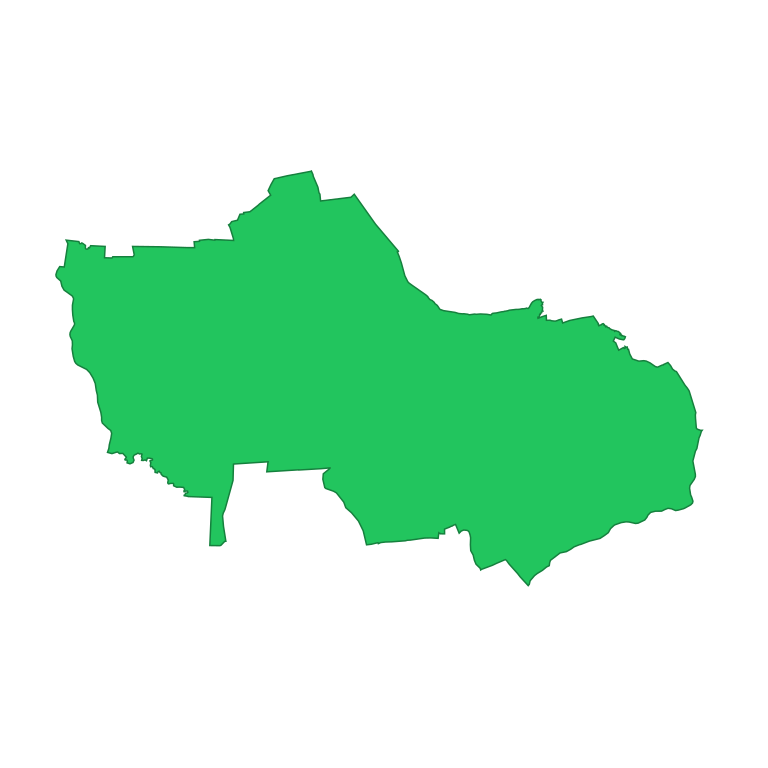 Recas, Timis, Romania, rotated 81°
{"feature_id": "2599482B57862880882591", "entity_name": "Recas", "entity_type": "district", "adm_level": 2, "iso_a3": "ROU", "parent_name": "Romania", "parent_adm1": "Timis", "projection": "albers", "projection_center": [21.537, 45.827], "detail": "fine", "context": "isolated", "style": "filled", "palette": "green", "viewbox_px": 768, "rotation_deg": 81, "n_neighbors": 0, "source": "geoboundaries", "source_scale": "gbopen_adm2", "svg_char_len": 6139}
<svg xmlns="http://www.w3.org/2000/svg" viewBox="0 0 768 768"><g transform="rotate(81 384 384)"><path d="M350.1,668.8L357.2,669.6L367.7,668.1L372.7,668.1L375.8,668.6L378.5,668.3L384.8,663.5L387.1,661.2L390.1,660.7L394.8,662.2L401.0,664.8L404.5,665.8L408.3,667.8L410.2,663.6L409.5,659.1L409.5,657.7L411.3,656.2L411.7,652.8L415.9,650.0L416.3,650.1L417.8,651.7L418.6,651.5L418.8,650.1L419.2,649.7L420.1,649.6L421.7,650.1L423.1,647.4L422.3,644.2L420.1,642.8L417.7,643.3L416.4,643.0L415.1,641.8L414.5,639.6L413.8,637.9L414.9,636.3L414.9,634.8L415.2,634.1L415.5,634.0L417.7,635.0L419.7,634.5L421.5,635.3L421.9,633.8L421.6,631.9L422.6,630.6L420.2,629.3L420.5,627.4L421.5,624.7L421.9,624.5L422.7,624.5L423.1,625.2L423.0,626.6L423.2,627.1L424.1,627.1L425.1,626.6L427.9,627.5L429.2,627.4L429.2,626.1L429.5,625.7L431.5,625.1L431.6,624.5L432.6,623.6L435.5,623.9L436.4,621.6L435.3,620.9L435.0,619.7L436.5,619.0L436.9,618.2L438.2,618.2L440.0,617.0L440.6,616.3L442.0,613.2L445.1,612.1L447.5,613.0L448.5,612.9L449.0,612.3L448.8,610.3L449.2,607.7L449.8,607.4L451.6,607.7L453.5,604.9L453.9,601.6L454.8,598.1L457.0,597.4L458.5,598.4L459.2,598.2L458.7,596.8L459.0,594.8L460.5,594.7L460.9,595.6L460.8,597.0L462.3,597.9L462.6,598.8L463.1,598.8L464.2,595.4L464.5,595.2L469.1,571.7L516.3,581.3L518.0,571.4L517.8,570.3L514.5,565.9L514.6,564.8L499.6,564.8L489.1,564.1L486.4,563.0L483.2,560.8L479.1,558.9L455.6,548.2L439.6,545.2L439.6,544.1L442.7,510.7L452.4,513.5L455.3,482.9L455.4,481.6L455.6,481.6L457.8,459.4L458.4,450.5L458.9,450.6L463.2,458.0L468.5,459.3L477.0,458.7L478.1,457.8L482.0,450.6L484.1,448.0L494.4,442.2L500.2,441.1L506.1,436.2L515.3,430.7L525.7,427.5L540.1,426.4L540.3,421.6L539.8,415.2L539.8,414.8L540.8,414.6L540.1,412.1L540.3,407.3L541.1,400.9L542.2,387.4L542.0,385.3L542.3,382.3L542.5,368.0L543.3,362.0L544.9,354.7L539.5,353.1L540.7,351.9L540.5,351.6L540.9,351.0L541.5,347.6L536.8,346.9L535.6,341.5L535.1,340.2L534.9,338.7L534.3,337.4L533.9,335.3L543.1,333.1L541.3,330.7L540.7,328.1L541.4,325.4L541.9,324.2L543.4,323.1L546.5,322.6L549.5,322.5L556.2,323.8L562.2,324.4L566.8,322.7L572.2,322.3L576.4,321.3L581.1,317.8L582.8,317.6L582.3,316.6L580.0,305.2L578.7,300.8L576.4,291.6L577.6,290.5L581.4,288.6L592.1,281.7L596.1,279.5L605.7,273.1L604.5,271.8L601.5,270.6L600.8,270.0L596.8,265.3L595.2,262.4L592.8,256.6L590.1,252.0L589.3,249.2L586.3,248.3L584.2,247.2L578.4,236.5L578.1,230.1L576.4,225.4L574.6,221.8L573.3,216.2L573.2,214.7L571.3,205.7L570.3,194.8L568.1,189.9L565.9,185.7L562.3,182.9L559.6,178.9L559.2,177.9L558.0,171.4L558.0,166.5L558.7,163.4L561.1,157.4L561.2,154.8L559.1,147.7L556.8,145.2L554.8,143.8L552.5,140.7L552.1,135.9L553.0,129.7L551.9,126.2L551.2,122.9L552.2,119.6L554.6,115.8L554.6,113.1L554.0,107.7L553.6,106.2L551.3,99.9L549.8,97.9L548.1,97.2L543.6,97.9L541.6,98.5L534.8,98.5L532.1,97.7L526.7,92.5L524.1,90.9L521.8,90.6L508.4,91.0L499.0,86.9L496.7,85.1L486.5,81.3L484.2,79.8L480.5,78.0L479.5,77.0L479.3,78.5L477.6,81.7L476.3,82.4L466.6,81.7L463.2,81.3L461.0,80.5L438.6,83.7L435.6,85.0L432.3,86.9L417.8,93.1L417.3,93.5L416.8,94.5L414.4,96.7L410.6,98.1L407.2,100.2L408.5,104.9L408.8,105.0L408.9,106.6L410.1,110.9L410.0,111.6L409.2,113.3L404.7,118.0L402.4,121.4L401.6,123.8L401.3,128.7L398.1,134.8L392.8,136.6L388.0,137.1L387.9,137.9L385.5,138.0L385.6,138.9L384.6,140.1L386.4,140.4L386.5,141.1L385.5,141.9L387.3,146.9L379.6,148.7L377.5,150.8L373.9,148.4L376.4,144.5L377.8,140.7L377.8,140.2L376.8,139.1L375.1,138.2L374.2,139.6L374.2,140.2L373.4,141.0L373.5,141.7L371.8,142.2L372.5,143.0L372.0,143.3L370.9,142.6L368.8,144.3L368.7,144.9L367.6,146.8L368.0,148.0L367.2,148.1L366.1,150.5L364.5,152.5L363.7,152.9L363.0,154.6L361.9,154.9L361.6,155.5L362.0,156.2L361.2,156.3L360.2,157.5L359.8,157.1L358.7,158.0L358.8,159.1L359.7,160.6L359.5,161.4L360.1,162.6L358.8,163.1L357.8,162.9L349.6,166.7L349.8,168.7L349.7,178.0L350.3,190.6L351.7,198.0L347.7,198.5L348.0,201.2L348.5,203.2L348.7,205.1L347.8,208.5L347.0,210.0L346.5,213.6L341.6,213.0L342.2,217.1L343.2,221.6L342.1,221.6L342.0,220.5L340.6,219.5L339.6,219.4L339.4,219.0L339.5,218.6L338.7,218.4L338.3,217.2L336.5,216.3L336.7,215.7L335.5,215.9L333.0,215.3L331.2,216.4L330.6,216.0L330.5,215.0L328.9,214.9L328.2,214.3L327.9,215.4L326.2,216.0L325.5,215.7L324.7,216.5L325.1,217.9L324.4,218.6L324.7,219.5L324.5,220.3L324.8,220.7L325.2,222.3L326.1,224.3L327.4,225.8L331.2,228.7L332.0,229.9L331.3,231.5L331.6,232.4L331.5,235.1L331.3,235.5L331.4,239.1L331.0,241.7L330.7,248.8L331.0,250.1L331.1,252.9L331.0,253.7L331.2,254.1L331.1,257.0L331.4,261.7L331.2,265.6L331.8,266.8L332.6,267.5L331.3,271.3L329.9,277.9L329.6,281.9L329.1,283.7L329.0,288.9L328.2,290.4L327.1,294.2L327.0,295.5L326.0,299.3L324.4,302.6L320.9,313.6L319.2,316.8L318.8,317.2L314.7,319.1L312.4,321.3L311.4,321.5L309.0,323.5L307.7,325.5L305.2,327.0L304.6,327.0L302.6,328.7L290.9,340.8L288.2,343.5L286.7,344.5L280.3,346.5L267.2,347.9L260.2,349.1L255.6,350.2L255.3,349.0L255.1,349.0L224.8,367.4L191.9,383.7L194.4,387.4L193.3,418.0L186.5,417.6L184.9,418.3L179.3,418.5L167.7,421.4L166.0,421.4L162.3,422.4L162.5,422.9L163.2,446.8L164.1,460.3L169.3,464.4L174.9,468.2L179.8,466.4L186.7,478.8L187.7,480.2L192.9,489.5L192.7,495.8L194.1,495.9L193.8,499.7L199.3,503.1L199.8,509.0L201.9,511.2L202.5,512.6L205.2,511.6L216.7,510.0L218.7,510.1L214.9,528.4L215.5,528.6L213.7,534.8L213.2,543.8L214.2,543.9L213.8,549.3L219.7,549.7L218.5,557.1L213.5,583.4L208.8,610.8L217.3,610.5L218.6,611.4L219.0,612.1L215.9,632.0L217.0,633.0L215.6,640.3L204.5,637.9L201.5,652.1L203.2,653.4L203.1,654.2L203.6,654.2L203.5,654.9L204.4,655.5L204.3,656.7L203.8,657.4L203.1,657.7L200.4,657.2L197.8,659.8L197.4,660.5L198.0,661.4L197.8,662.6L195.6,663.1L192.2,675.4L196.0,674.3L218.4,681.5L217.3,685.9L221.1,689.2L224.6,690.9L226.1,691.0L227.7,690.5L231.7,687.2L237.1,686.8L241.2,685.3L248.2,678.2L250.3,677.4L251.5,677.3L257.4,679.4L261.7,680.1L267.4,680.6L273.5,680.6L275.4,680.1L276.4,680.3L277.3,680.6L282.8,685.1L284.3,686.0L286.2,686.5L288.1,686.4L292.6,685.1L296.6,685.6L300.4,686.6L308.1,686.6L313.3,686.0L315.4,685.1L317.3,683.5L323.1,675.4L326.8,672.8L332.7,670.4L338.3,669.1L345.5,669.2L350.1,668.8Z" fill="#22c55e" stroke="#15803d" stroke-width="1.5"/></g></svg>